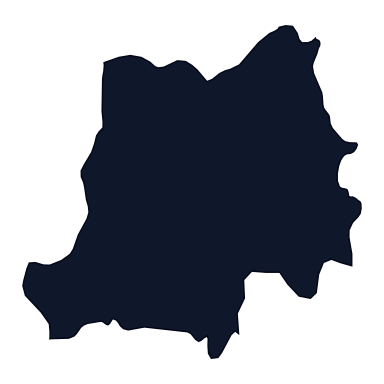 SVG path tracing the border of Poni
{"feature_id": "BFA-2837", "entity_name": "Poni", "entity_type": "Province", "adm_level": 1, "iso_a3": "BFA", "parent_name": "Burkina Faso", "parent_adm1": "", "projection": "equal_earth", "projection_center": [-3.283, 10.293], "detail": "fine", "context": "isolated", "style": "filled", "palette": "ink", "viewbox_px": 384, "rotation_deg": 0, "n_neighbors": 0, "source": "natural_earth", "source_scale": "10m", "svg_char_len": 2180}
<svg xmlns="http://www.w3.org/2000/svg" viewBox="0 0 384 384"><path d="M128.1,329.8L123.4,328.5L120.5,325.8L118.7,322.8L116.6,320.1L112.9,318.5L112.0,319.4L109.4,323.6L108.0,324.7L106.3,324.2L102.7,321.5L100.7,321.1L87.4,323.3L83.4,325.0L80.6,327.4L76.2,333.7L73.9,336.0L68.6,338.1L50.5,338.6L50.0,338.8L50.0,338.7L50.1,336.7L50.1,330.8L49.4,323.7L41.3,312.2L25.5,295.3L23.0,285.8L23.9,280.6L27.0,268.9L29.3,263.1L35.3,262.7L43.4,265.1L49.8,265.3L61.6,260.6L70.4,254.2L73.5,249.1L78.5,234.9L87.2,218.9L89.1,212.4L88.5,206.2L86.6,199.7L84.8,187.3L83.7,182.2L81.4,176.8L81.3,170.7L82.7,168.2L84.0,165.4L91.8,152.3L94.8,143.6L96.7,135.7L99.5,131.5L101.8,129.2L103.1,127.7L103.2,121.6L102.2,111.3L102.7,79.2L103.2,75.1L103.9,71.6L104.4,65.4L104.1,62.7L118.9,57.5L130.3,55.6L141.2,57.5L149.9,62.3L154.9,66.8L158.4,68.0L163.9,67.3L177.4,60.9L185.5,61.6L191.7,65.4L196.9,69.9L206.9,81.7L212.4,79.5L219.8,73.6L225.3,70.9L230.5,69.4L239.5,65.0L258.5,42.8L269.7,33.6L274.8,31.4L278.1,29.3L279.3,27.3L285.8,25.8L292.6,26.5L297.1,33.4L298.9,39.4L301.8,42.9L307.9,42.8L311.7,41.5L315.5,38.2L315.9,39.8L316.5,39.8L317.6,40.0L318.9,40.8L319.7,42.5L319.7,44.9L319.1,46.5L318.3,47.9L316.6,53.9L313.0,62.7L312.2,66.3L313.4,73.4L321.6,92.7L322.2,96.3L322.7,104.2L323.4,107.8L324.7,109.9L328.4,114.8L329.2,116.5L330.0,123.7L332.2,128.4L341.8,139.6L345.1,141.9L349.6,142.9L356.3,143.1L357.3,144.7L356.1,148.2L353.6,151.6L350.6,153.2L347.1,153.6L344.5,154.8L342.4,157.1L340.4,160.5L338.5,165.9L337.2,173.4L337.2,181.1L339.4,187.1L341.8,188.5L344.6,188.9L346.9,189.7L347.9,192.1L348.6,196.3L350.3,197.2L352.7,197.1L355.4,198.4L358.1,200.7L359.9,201.8L360.8,203.7L361.0,208.5L360.1,213.4L358.0,216.6L352.5,222.4L348.9,230.0L348.8,237.3L351.7,253.9L351.7,265.7L340.2,262.4L331.4,259.1L323.3,262.4L318.5,274.3L316.1,292.8L310.4,298.2L299.1,296.0L287.9,284.1L279.8,272.2L266.1,272.2L251.6,271.1L243.5,279.8L244.3,298.2L237.1,313.4L238.5,333.5L235.1,330.8L230.9,334.8L221.6,352.3L217.9,357.4L211.3,358.2L208.6,353.4L208.1,345.9L208.3,338.6L207.1,336.0L204.3,337.5L201.1,340.2L198.6,341.3L195.7,339.3L190.9,333.4L187.4,331.7L144.4,326.9L128.1,329.8Z" fill="#0f172a" stroke="#020617" stroke-width="1.5"/></svg>